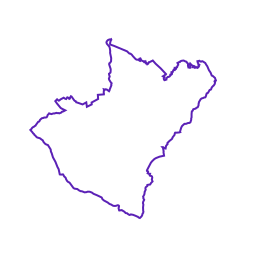 outline of Viperesti, Buzau, Romania, rotated 78°
{"feature_id": "2599482B5774705795524", "entity_name": "Viperesti", "entity_type": "district", "adm_level": 2, "iso_a3": "ROU", "parent_name": "Romania", "parent_adm1": "Buzau", "projection": "albers", "projection_center": [26.456, 45.246], "detail": "fine", "context": "isolated", "style": "outline", "palette": "violet", "viewbox_px": 256, "rotation_deg": 78, "n_neighbors": 0, "source": "geoboundaries", "source_scale": "gbopen_adm2", "svg_char_len": 5618}
<svg xmlns="http://www.w3.org/2000/svg" viewBox="0 0 256 256"><g transform="rotate(78 128 128)"><path d="M128.0,209.9L132.9,208.1L135.0,208.3L136.7,207.9L141.1,207.5L146.1,206.0L151.5,205.1L153.8,204.4L159.2,204.4L159.7,203.1L159.8,201.3L160.0,201.1L162.1,200.5L163.3,199.6L164.0,199.3L165.3,199.2L167.3,198.5L168.5,197.6L169.1,196.7L169.8,196.3L175.0,194.0L175.5,193.7L176.2,192.9L177.2,190.2L178.6,189.1L179.9,187.6L180.3,186.3L181.3,184.7L181.9,183.9L182.1,182.1L181.9,180.6L182.4,178.7L183.6,176.8L185.2,175.4L187.4,172.2L190.4,168.3L190.8,168.1L192.3,167.8L193.9,166.6L196.7,163.3L198.2,162.1L198.8,161.4L199.2,160.6L200.9,158.8L201.3,157.9L201.6,156.7L201.6,155.6L201.4,154.3L201.7,153.4L202.1,153.1L202.5,153.0L203.4,153.3L204.4,153.9L206.8,153.8L206.9,153.6L206.8,152.7L207.1,152.1L207.0,151.2L209.2,148.9L210.7,148.0L211.3,146.5L212.2,145.9L213.3,144.7L213.4,144.2L213.1,143.1L213.6,142.2L213.8,141.4L215.5,138.8L216.7,137.2L216.8,136.9L217.8,136.2L218.5,135.1L217.3,133.2L216.3,132.3L214.7,131.5L214.2,130.8L213.6,130.6L213.0,130.3L212.3,130.4L208.8,129.8L206.1,128.9L204.5,129.0L203.2,128.4L201.6,127.1L200.1,127.6L199.2,127.4L198.3,127.5L196.5,125.9L194.5,125.1L194.1,125.1L192.0,123.5L191.1,123.6L190.1,123.3L189.6,122.9L189.0,121.6L188.8,121.2L187.8,121.0L187.7,120.4L187.8,118.8L187.9,118.3L187.8,118.0L186.4,116.7L185.4,115.1L183.3,115.4L181.7,114.6L180.4,114.6L179.7,115.3L179.3,116.3L179.0,116.6L178.4,116.6L177.4,116.0L177.1,117.3L176.3,118.2L175.4,117.5L175.0,117.4L174.4,117.6L173.9,118.4L173.7,118.4L173.0,118.0L166.7,112.8L165.5,111.3L163.8,108.6L163.2,106.7L162.8,104.2L162.6,103.1L162.6,98.5L158.9,98.3L158.3,98.0L155.0,97.9L154.6,97.9L153.9,98.3L154.0,97.7L155.7,96.0L155.9,95.5L153.4,94.5L151.9,92.6L151.3,92.7L150.8,92.5L149.2,90.0L148.0,87.6L147.6,87.0L146.5,86.4L144.4,83.9L143.1,83.4L142.4,82.9L142.4,82.5L142.7,81.3L143.0,78.8L142.9,77.8L142.6,77.9L142.0,77.7L138.6,75.8L137.3,74.7L136.4,73.2L135.7,72.0L135.7,71.6L136.0,70.5L135.6,68.2L135.8,66.8L135.4,65.8L133.2,64.5L131.8,64.2L130.8,63.6L127.5,62.9L125.0,62.1L124.6,61.2L123.2,60.2L123.1,57.8L122.4,56.8L122.3,55.7L122.1,55.4L120.5,54.3L118.9,53.9L118.1,53.4L117.5,53.3L115.0,51.0L114.4,49.9L114.3,48.3L114.0,47.2L114.1,46.1L113.9,45.8L112.6,44.9L111.6,44.5L110.5,43.8L110.5,43.0L110.2,42.7L110.1,42.3L107.9,40.4L107.7,40.1L107.7,39.1L107.3,38.6L105.8,37.7L104.8,36.4L104.3,35.4L103.2,34.2L102.1,33.6L101.3,33.3L100.9,33.2L100.5,33.7L100.2,33.6L99.9,33.2L100.0,32.3L99.8,32.1L98.3,32.4L97.1,32.5L94.8,34.2L94.1,35.2L91.0,35.7L88.3,36.8L84.1,37.6L82.2,38.4L80.5,38.9L78.6,40.8L78.1,41.5L78.1,41.8L78.3,42.7L78.2,43.0L77.8,43.6L77.1,44.1L77.1,46.2L78.6,46.2L79.1,45.8L80.1,46.0L81.1,45.1L81.7,46.0L82.4,45.8L82.8,46.1L83.5,47.1L83.6,47.6L82.7,48.0L83.1,49.0L83.0,49.8L82.5,49.4L81.7,49.9L81.9,50.3L81.9,51.8L81.6,51.6L81.4,51.0L80.9,51.0L80.6,51.8L80.1,52.2L80.0,52.5L77.8,53.8L78.6,54.4L79.1,54.4L79.2,54.1L80.0,53.9L80.8,54.3L81.4,54.2L81.7,54.7L82.0,54.9L81.9,55.1L81.4,56.2L81.0,56.0L80.5,56.4L79.0,56.3L77.8,55.9L76.8,56.3L76.2,56.9L75.7,56.9L75.3,57.1L74.6,58.3L73.6,59.5L73.4,61.3L73.6,62.9L74.3,63.6L74.2,64.7L74.7,66.1L75.8,65.6L76.6,65.7L77.1,66.4L78.7,67.3L78.8,67.6L78.6,67.9L78.6,68.1L79.0,68.5L79.7,68.5L80.0,68.7L79.7,69.4L79.1,70.0L79.5,70.2L80.0,70.0L80.5,69.5L81.1,70.3L80.7,71.4L81.4,72.0L82.5,72.6L82.4,73.9L82.7,74.0L83.8,73.6L84.5,73.9L84.9,74.8L84.4,75.2L84.4,75.3L84.7,75.6L85.1,75.5L85.5,75.7L86.2,76.6L86.2,76.9L86.5,77.5L86.3,78.5L87.0,79.5L87.9,80.5L88.6,80.4L88.8,81.5L88.8,82.4L88.1,82.7L87.2,82.8L86.2,82.1L86.0,81.7L85.8,81.7L85.5,82.4L84.7,83.1L84.3,81.9L83.8,81.0L83.7,80.1L83.2,79.6L76.5,83.6L70.9,87.6L67.2,89.7L67.4,90.1L67.4,90.8L67.6,91.1L67.6,91.6L68.1,93.3L68.0,93.9L69.3,94.9L69.7,96.0L68.7,96.4L68.2,96.4L68.0,96.8L68.2,97.1L67.7,97.3L67.4,97.2L67.4,96.9L66.6,97.0L67.2,98.0L67.0,98.5L66.3,98.6L66.1,98.2L66.0,98.3L65.9,99.2L65.1,100.4L64.5,100.8L62.5,101.4L62.6,102.3L64.3,102.3L64.8,102.4L64.7,102.6L63.5,103.6L63.3,103.9L63.1,105.0L62.6,105.8L61.9,106.4L58.7,108.3L57.0,109.1L56.6,109.5L55.8,110.1L55.7,110.7L55.3,111.3L52.8,113.0L44.7,124.7L42.7,128.0L41.7,128.0L40.1,127.4L38.5,126.4L38.2,126.0L37.6,126.1L37.8,126.7L37.5,127.8L37.9,129.5L38.9,130.8L39.8,131.3L41.1,131.2L44.7,129.3L46.3,129.2L49.0,129.4L50.8,129.9L56.1,129.9L59.2,130.7L60.4,131.8L60.9,132.9L61.9,133.2L66.8,132.7L68.1,133.0L69.6,133.4L70.2,133.7L71.0,135.3L72.0,135.4L73.8,135.2L75.7,136.4L76.8,136.4L80.1,135.2L80.8,134.7L82.1,135.4L82.8,135.4L86.7,138.0L87.3,138.2L88.1,138.9L85.9,140.8L85.8,141.4L85.5,141.8L85.7,142.4L85.1,143.6L86.3,143.5L86.6,143.9L88.3,144.4L89.3,144.4L90.1,144.6L89.3,150.6L93.4,151.2L95.5,158.3L97.4,158.6L98.7,163.8L94.3,163.5L95.5,167.5L92.3,172.8L92.1,173.3L90.9,173.6L90.6,174.2L89.9,174.8L85.5,176.7L85.1,177.2L85.4,177.4L85.4,177.5L86.2,178.4L87.1,178.7L87.3,179.4L86.0,180.1L85.4,181.0L86.8,182.5L86.2,183.5L85.0,184.6L86.0,188.1L86.8,189.5L86.8,190.2L85.2,191.4L86.6,193.5L89.2,192.4L94.4,189.7L95.4,188.6L97.7,185.7L98.3,187.7L98.4,189.3L99.0,190.0L99.1,190.5L99.4,192.2L98.9,193.0L98.7,194.3L98.3,194.9L98.5,197.0L98.3,197.4L98.3,198.9L98.5,199.7L98.4,200.2L97.3,202.1L97.8,202.5L98.1,203.2L98.5,203.8L100.1,204.8L100.6,205.4L100.6,206.6L100.3,207.8L100.6,208.8L100.5,210.0L101.1,211.3L101.9,212.5L102.6,212.9L102.9,213.3L103.3,213.9L103.3,214.6L105.9,217.5L106.5,218.0L106.7,218.9L107.2,219.7L107.5,221.0L108.0,221.8L108.9,222.7L109.6,223.9L112.3,222.4L113.7,221.8L114.2,221.3L115.4,220.9L116.2,220.2L117.4,219.6L118.4,218.8L119.6,216.5L120.2,215.8L120.7,215.5L122.4,213.9L123.9,213.6L126.0,212.5L127.2,211.3L128.0,209.9Z" fill="none" stroke="#5b21b6" stroke-width="2"/></g></svg>